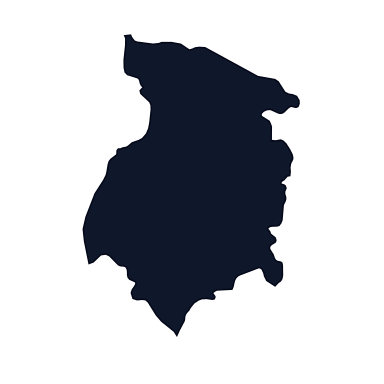 the County of Marijampoles, rotated 18°
{"feature_id": "LTU-1070", "entity_name": "Marijampoles", "entity_type": "County", "adm_level": 1, "iso_a3": "LTU", "parent_name": "Lithuania", "parent_adm1": "", "projection": "mercator", "projection_center": [23.274, 54.666], "detail": "fine", "context": "isolated", "style": "filled", "palette": "ink", "viewbox_px": 384, "rotation_deg": 18, "n_neighbors": 0, "source": "natural_earth", "source_scale": "10m", "svg_char_len": 2794}
<svg xmlns="http://www.w3.org/2000/svg" viewBox="0 0 384 384"><g transform="rotate(18 192 192)"><path d="M146.4,284.2L144.4,283.9L133.3,278.1L129.3,277.6L124.7,279.8L124.4,280.2L119.7,289.0L116.2,291.8L105.0,271.9L100.1,260.9L99.0,248.4L100.4,223.5L104.4,208.3L105.3,202.5L105.0,199.0L103.9,191.6L103.9,188.4L104.7,186.1L108.8,180.1L108.9,178.8L108.4,177.4L108.0,175.8L108.4,174.3L109.0,173.7L110.6,173.3L112.5,171.6L115.8,169.8L117.3,168.1L119.9,163.8L125.6,159.5L128.4,156.5L130.8,150.8L131.3,145.1L130.6,139.2L127.8,126.1L126.3,122.0L124.0,119.3L112.9,114.1L111.4,111.6L113.4,107.3L111.0,106.3L109.2,104.3L107.9,102.1L106.6,100.7L104.9,100.1L94.4,100.2L91.4,98.6L89.2,94.7L86.7,87.4L83.6,72.8L81.6,66.3L79.8,64.2L85.1,61.8L86.5,63.5L89.9,66.0L91.0,66.4L93.4,66.5L109.1,63.6L114.7,61.2L116.8,59.4L126.1,56.3L135.5,55.0L145.6,57.9L148.3,56.1L150.6,54.0L154.1,52.3L159.8,50.8L218.9,61.9L236.1,59.5L239.9,60.6L249.5,68.5L253.5,69.1L257.8,68.5L261.9,68.8L265.4,71.9L266.5,74.8L266.4,77.8L265.0,79.2L263.6,79.5L261.2,79.6L260.0,79.8L259.1,80.3L258.3,81.1L257.1,82.9L255.0,87.0L254.0,88.4L252.8,89.4L251.4,89.9L249.7,90.1L241.7,89.2L239.7,89.6L237.7,90.6L236.4,91.6L235.0,93.1L233.9,95.0L233.6,96.7L234.4,98.6L243.5,100.9L245.5,103.1L247.2,105.3L251.4,118.6L255.9,117.6L260.3,115.2L263.0,115.5L266.4,117.2L271.4,121.3L275.5,125.4L276.8,127.5L277.5,129.3L277.4,131.0L277.0,133.1L276.9,134.9L277.5,138.5L278.6,141.2L279.2,142.8L279.9,146.2L277.7,147.3L277.3,148.2L276.6,149.6L275.8,151.7L273.9,154.1L273.5,155.7L274.1,156.8L275.5,157.0L277.3,156.9L278.7,157.4L280.2,159.3L279.9,162.8L280.5,164.8L281.4,166.4L282.2,167.3L283.2,169.5L283.3,171.9L282.7,176.0L286.2,190.9L286.0,194.1L285.0,196.9L283.2,198.0L278.6,199.7L276.7,200.7L275.4,202.4L275.3,203.6L276.2,204.5L277.4,205.2L278.3,205.9L279.0,207.0L279.9,207.9L285.2,209.9L286.7,212.0L286.7,213.8L285.3,215.6L283.7,217.4L282.7,219.7L283.0,221.7L284.2,223.1L288.4,226.5L290.6,229.5L292.5,231.2L294.7,231.7L298.1,231.3L299.4,231.8L300.6,234.0L303.8,243.4L304.2,246.7L303.7,249.1L302.1,251.2L301.1,253.1L300.0,255.6L290.4,253.0L287.0,249.5L285.4,246.8L282.4,243.6L280.3,243.0L278.6,243.4L263.0,256.0L261.4,257.7L260.2,260.1L259.7,262.9L259.8,265.5L260.2,268.8L260.2,269.9L260.0,272.1L245.9,277.5L244.2,279.2L242.7,281.3L243.6,282.6L245.9,284.2L246.3,285.1L246.1,286.8L244.5,287.7L238.6,288.7L234.1,290.5L231.4,292.7L228.1,296.9L226.0,302.4L225.5,305.2L224.0,308.5L223.5,310.7L223.5,313.0L224.1,315.1L224.3,317.1L222.5,327.4L221.9,333.1L218.2,330.0L203.2,324.3L196.1,320.0L184.6,310.3L181.2,308.7L177.5,309.5L173.1,311.4L168.8,311.4L165.5,306.7L165.5,303.3L166.6,299.7L167.2,296.7L166.1,294.9L159.7,294.2L157.6,292.8L156.4,290.7L155.6,288.2L154.5,285.7L152.6,283.7L150.7,283.3L146.4,284.2Z" fill="#0f172a" stroke="#020617" stroke-width="1.5"/></g></svg>